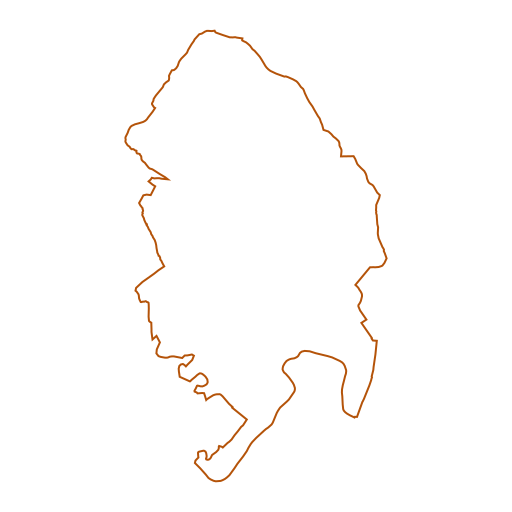 the district of Chetani, Mures, Romania
{"feature_id": "2599482B57558176240382", "entity_name": "Chetani", "entity_type": "district", "adm_level": 2, "iso_a3": "ROU", "parent_name": "Romania", "parent_adm1": "Mures", "projection": "albers", "projection_center": [23.998, 46.485], "detail": "fine", "context": "isolated", "style": "outline", "palette": "amber", "viewbox_px": 512, "rotation_deg": 0, "n_neighbors": 0, "source": "geoboundaries", "source_scale": "gbopen_adm2", "svg_char_len": 6042}
<svg xmlns="http://www.w3.org/2000/svg" viewBox="0 0 512 512"><path d="M304.6,350.9L309.7,351.3L315.7,353.2L327.7,356.1L332.1,357.4L339.7,360.9L342.0,362.3L343.5,363.8L344.7,365.9L346.1,370.0L346.2,371.3L345.9,373.7L345.1,376.1L343.9,381.0L342.8,385.2L342.0,389.5L341.9,392.6L342.3,396.3L342.7,404.5L343.2,409.2L343.8,410.6L345.2,412.2L347.0,413.6L349.9,415.3L354.5,417.5L354.9,416.8L357.0,416.9L362.4,401.9L362.7,401.5L364.0,398.8L369.3,385.6L371.2,380.1L371.3,379.4L372.0,377.2L371.7,376.6L371.7,376.4L373.3,370.0L373.6,366.9L375.4,354.6L376.8,340.8L372.9,340.5L371.6,338.6L371.9,338.1L371.8,337.9L361.4,322.9L366.4,319.6L360.1,310.5L358.4,306.4L358.4,305.2L360.0,302.8L360.9,300.8L362.0,296.4L362.0,294.9L361.7,293.5L360.7,291.6L359.5,289.9L358.5,288.1L357.6,287.0L355.4,284.9L370.0,267.3L373.6,267.2L375.1,267.3L378.7,267.0L381.4,266.1L382.4,265.6L384.4,263.0L386.6,258.4L384.8,253.3L383.8,251.1L383.8,250.6L384.0,249.8L383.4,248.5L382.5,247.2L379.3,239.8L378.7,238.5L377.9,234.5L377.8,233.2L378.1,227.3L377.3,224.2L377.2,222.6L376.8,217.0L376.7,214.9L376.4,214.3L376.1,212.7L376.3,211.3L376.0,210.4L376.2,207.4L376.2,205.0L379.2,197.9L379.8,195.1L377.2,192.6L373.6,186.3L372.5,185.0L369.7,183.4L368.9,182.6L368.3,181.8L367.0,178.5L366.6,176.2L365.8,173.8L364.3,171.1L361.1,168.1L358.0,164.9L357.2,163.8L355.2,158.9L353.6,156.2L341.0,156.4L341.5,151.1L341.4,149.7L340.8,148.2L340.1,147.0L339.5,145.6L339.4,143.8L339.2,142.4L338.5,141.0L335.8,138.4L333.4,136.6L331.4,134.2L328.4,131.5L323.5,129.9L322.1,124.7L321.0,122.3L319.7,118.5L317.9,116.0L314.3,109.8L312.5,106.5L309.3,102.0L307.2,98.2L304.9,93.3L303.8,90.3L303.1,88.9L300.9,87.0L298.7,83.8L297.4,82.2L296.3,81.2L292.9,79.3L287.9,77.1L285.8,76.4L284.5,76.6L283.8,76.4L276.1,73.6L270.4,70.9L268.4,69.4L266.6,67.6L265.4,66.0L261.6,59.6L259.8,56.8L257.6,54.2L254.6,50.8L252.5,49.2L250.0,45.7L248.0,43.9L246.0,42.3L243.4,41.1L242.2,40.4L242.1,40.1L242.4,38.4L236.8,37.6L235.2,37.2L232.7,37.4L229.7,37.3L222.7,35.0L216.2,32.7L215.4,32.2L214.6,30.7L211.8,31.1L208.8,30.9L206.8,30.9L205.0,31.6L201.8,33.6L199.3,34.2L194.5,39.5L194.1,40.5L193.7,41.2L191.5,44.3L188.2,49.8L187.0,52.7L185.5,54.4L181.3,58.6L179.7,60.8L179.0,62.0L177.7,65.9L176.2,68.2L174.6,69.6L173.8,70.1L171.9,70.3L171.7,70.6L169.7,74.3L169.0,75.9L169.2,77.9L169.0,79.4L168.8,80.3L168.6,80.6L166.1,82.3L163.9,84.4L163.0,86.7L162.7,87.3L155.9,95.5L154.3,97.9L153.6,99.1L153.4,100.7L152.0,103.4L152.0,104.0L152.1,104.4L154.0,107.3L155.1,108.0L152.5,111.9L148.1,117.5L146.9,119.3L145.4,120.7L144.0,121.5L143.0,122.0L139.1,123.2L135.0,124.3L131.8,125.8L130.9,126.5L130.2,127.3L128.7,129.9L127.7,132.8L125.6,137.0L125.4,138.0L125.7,139.5L125.4,141.3L125.5,141.9L126.1,143.0L127.6,145.3L129.7,146.8L130.2,147.8L131.5,149.2L132.9,149.1L133.6,149.2L134.5,150.0L135.4,150.5L135.9,150.5L136.5,150.8L136.4,152.0L136.7,153.0L137.2,153.5L138.7,153.7L139.7,154.0L140.0,154.8L141.1,156.2L141.3,157.0L141.4,158.7L141.6,159.7L142.1,160.4L143.0,161.4L144.9,162.8L146.3,164.7L148.6,167.6L149.7,168.5L152.1,169.2L153.2,169.8L159.7,174.0L165.1,177.2L167.8,179.3L161.4,178.7L159.3,178.2L156.9,178.2L154.4,178.4L151.8,177.8L150.8,179.4L148.6,181.4L152.5,184.6L155.2,186.3L150.7,195.1L146.6,194.6L143.5,195.3L143.3,195.4L141.9,198.1L139.1,203.0L140.4,205.5L141.3,206.4L141.6,207.1L142.6,208.2L142.6,209.1L143.0,210.2L143.1,210.9L142.4,212.4L142.8,213.4L142.3,214.2L142.3,215.2L143.9,218.3L144.3,220.0L145.6,222.9L146.2,223.8L146.5,223.8L146.8,224.1L146.9,224.5L146.5,224.9L148.0,227.2L148.5,228.7L150.7,232.2L151.2,234.1L152.7,236.3L152.9,237.2L154.7,240.0L155.6,242.6L156.2,245.2L156.5,247.9L157.2,251.7L157.3,252.6L158.3,254.6L158.6,255.8L159.4,256.1L160.1,257.5L160.3,259.5L161.4,260.9L162.2,262.7L164.2,266.4L158.4,270.3L154.1,273.7L142.4,282.0L136.1,287.9L135.5,290.7L136.7,291.7L138.5,294.3L138.8,295.5L139.1,298.4L139.6,299.8L140.7,302.0L141.3,302.1L143.1,301.6L144.0,301.7L145.6,301.2L146.0,301.3L146.9,302.0L148.0,302.3L148.5,302.7L148.7,304.2L148.8,308.5L148.6,316.7L148.9,320.0L149.0,320.9L149.7,321.7L151.3,322.7L151.5,329.4L151.5,332.0L152.5,339.5L156.5,335.9L159.9,342.4L156.8,349.4L156.4,353.4L158.5,356.1L160.7,356.9L165.2,357.7L166.9,357.7L168.2,357.4L169.8,356.7L171.9,356.4L173.9,356.4L182.2,358.0L184.7,355.5L187.5,355.4L191.9,354.5L193.9,355.7L192.2,360.0L187.6,364.5L185.9,366.4L184.5,365.0L182.9,364.0L180.8,364.5L179.3,366.0L178.7,368.7L178.9,371.5L179.7,376.8L189.9,381.4L190.2,381.3L191.4,380.0L195.3,376.8L197.2,375.0L199.1,373.7L199.9,373.3L201.2,373.5L202.4,374.0L204.4,375.6L205.6,376.8L207.3,379.4L207.7,382.1L207.3,383.2L206.5,384.4L204.3,385.7L202.4,386.4L200.5,386.3L199.4,386.0L197.5,385.6L197.0,385.8L195.7,388.6L194.5,390.7L194.5,391.2L194.6,391.6L196.6,392.4L197.0,392.7L197.5,393.4L202.2,393.0L204.1,393.2L205.1,396.3L206.2,400.0L207.0,399.2L209.4,397.6L213.3,395.2L215.1,394.6L216.6,394.3L219.7,394.2L220.8,394.7L222.6,396.3L229.0,403.8L232.6,407.1L232.2,407.7L246.8,419.5L243.0,425.4L241.2,426.8L237.9,431.2L234.5,435.3L231.6,439.5L229.2,441.8L227.6,442.9L222.8,447.5L222.1,446.9L219.1,446.0L218.8,446.6L218.8,448.2L218.3,449.8L216.1,452.1L212.6,454.6L212.0,455.1L210.8,457.7L210.0,458.7L209.1,459.4L207.9,459.8L206.4,459.5L206.0,458.9L206.0,458.7L206.6,456.9L206.6,455.6L206.2,453.2L205.5,451.6L204.2,450.8L203.4,450.7L199.4,451.6L198.5,451.9L198.0,452.8L198.2,456.1L198.4,457.5L195.5,460.5L194.9,463.0L200.2,468.3L205.9,474.7L208.5,478.0L210.6,479.4L213.6,480.8L215.8,481.3L220.7,480.9L222.7,480.1L225.0,478.9L227.1,477.3L229.4,475.2L234.5,468.2L237.4,463.8L243.0,456.6L246.8,451.1L248.5,447.7L250.7,444.1L252.2,442.1L256.2,437.9L263.9,430.8L266.0,429.0L268.1,427.6L271.6,424.5L272.8,422.6L276.7,413.1L277.9,410.9L279.4,408.6L280.2,407.5L286.9,401.5L288.9,399.5L294.0,392.1L294.6,390.9L294.9,389.3L294.9,388.0L293.9,384.9L292.8,382.8L289.0,377.5L285.8,373.9L284.0,372.4L283.1,370.7L282.6,369.5L282.7,368.1L283.1,366.2L284.6,363.4L286.5,361.0L288.3,359.9L289.5,359.3L291.1,358.8L294.4,358.3L296.7,357.2L298.1,356.1L300.0,352.9L301.8,351.6L304.6,350.9Z" fill="none" stroke="#b45309" stroke-width="2"/></svg>